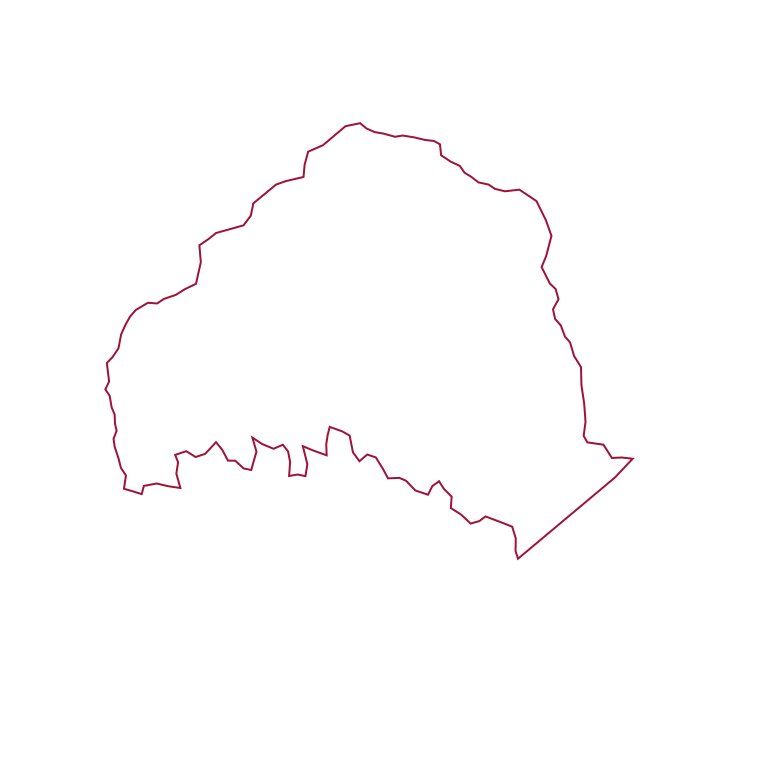 the district of Mariópolis, Paraná, Brazil, rotated 216°
{"feature_id": "56859067B64203059437123", "entity_name": "Mariópolis", "entity_type": "district", "adm_level": 2, "iso_a3": "BRA", "parent_name": "Brazil", "parent_adm1": "Paraná", "projection": "albers", "projection_center": [-52.576, -26.325], "detail": "fine", "context": "isolated", "style": "outline", "palette": "rose", "viewbox_px": 768, "rotation_deg": 216, "n_neighbors": 0, "source": "geoboundaries", "source_scale": "gbopen_adm2", "svg_char_len": 1942}
<svg xmlns="http://www.w3.org/2000/svg" viewBox="0 0 768 768"><g transform="rotate(216 384 384)"><path d="M532.8,146.4L523.9,149.6L515.3,152.5L518.4,160.4L509.4,169.9L498.6,174.4L487.6,180.2L499.3,189.4L504.6,199.7L511.3,203.9L504.5,213.4L493.5,214.2L487.6,222.4L485.7,238.2L476.0,235.6L465.2,230.3L459.3,234.5L447.9,233.2L440.8,236.4L443.8,244.3L447.4,254.3L459.0,263.3L447.2,263.8L435.3,266.7L430.1,275.4L422.0,273.1L414.1,265.7L406.7,253.8L400.8,259.9L393.4,263.3L398.9,274.1L413.1,286.0L402.2,288.6L388.5,292.6L395.3,301.3L399.4,309.2L402.7,317.4L390.0,321.1L381.5,322.1L369.0,310.5L358.5,307.1L356.1,317.1L347.4,319.8L334.5,314.5L325.3,310.0L316.4,317.1L309.3,318.7L296.0,316.3L283.3,320.3L284.9,329.8L282.3,337.7L273.8,334.3L263.1,332.7L257.0,322.9L244.9,323.7L231.9,322.0L226.3,329.1L224.1,336.5L205.9,341.5L196.4,343.9L186.6,336.5L179.4,326.2L172.9,321.4L142.2,444.1L138.9,469.7L148.6,464.2L156.1,458.1L170.8,463.9L185.2,456.3L192.0,459.4L198.7,471.8L210.5,485.8L223.5,499.0L234.5,513.4L246.7,518.4L257.9,527.0L265.4,528.7L275.3,535.3L283.8,537.2L291.2,543.8L292.6,555.1L300.9,561.7L308.9,562.8L325.2,571.2L328.0,582.8L335.6,602.3L349.5,611.8L368.2,621.6L388.7,620.8L399.4,611.0L408.9,607.1L416.7,606.8L426.1,602.6L435.3,602.9L443.1,602.3L450.9,605.0L460.8,603.1L472.2,602.6L479.6,610.8L486.4,610.0L494.4,605.5L504.5,601.3L514.9,596.0L520.4,590.5L531.8,586.2L539.6,582.3L548.5,580.4L556.6,581.0L566.7,569.9L573.7,541.4L581.9,527.4L577.1,514.7L570.8,504.2L582.6,490.5L588.5,482.0L595.9,453.4L590.7,441.9L590.9,429.8L608.6,407.5L611.2,398.1L614.9,387.7L603.8,374.9L595.0,354.6L600.9,343.5L604.9,333.6L612.0,323.6L614.9,315.8L622.8,310.9L628.3,298.0L629.1,289.3L627.9,279.5L625.8,269.6L619.8,256.8L619.4,246.4L620.6,238.1L607.9,224.5L606.2,215.8L599.1,213.3L590.6,205.0L583.9,200.9L578.4,193.9L572.8,188.9L570.6,180.7L565.0,174.9L555.1,167.8L547.5,161.5L539.0,158.3L532.8,146.4Z" fill="none" stroke="#9f1239" stroke-width="2"/></g></svg>